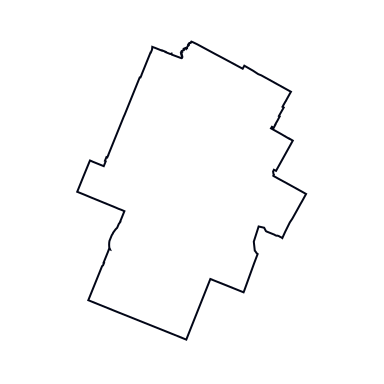 Hindmarsh, Victoria, Australia, rotated 202°
{"feature_id": "25037944B30828491037515", "entity_name": "Hindmarsh", "entity_type": "district", "adm_level": 2, "iso_a3": "AUS", "parent_name": "Australia", "parent_adm1": "Victoria", "projection": "orthographic", "projection_center": [141.947, -36.033], "detail": "fine", "context": "isolated", "style": "outline", "palette": "ink", "viewbox_px": 384, "rotation_deg": 202, "n_neighbors": 0, "source": "geoboundaries", "source_scale": "gbopen_adm2", "svg_char_len": 4244}
<svg xmlns="http://www.w3.org/2000/svg" viewBox="0 0 384 384"><g transform="rotate(202 192 192)"><path d="M106.6,118.3L106.6,120.0L107.7,149.3L107.9,159.1L109.0,159.4L111.4,161.0L111.8,161.1L116.1,169.1L117.3,185.0L111.7,185.9L108.9,183.5L108.2,183.3L99.5,183.3L98.6,183.1L97.4,183.1L96.2,183.6L94.5,183.6L93.5,183.4L92.2,183.4L91.0,183.1L90.7,190.0L89.9,200.5L89.0,204.8L87.8,214.3L86.9,221.8L86.5,224.5L85.5,232.9L91.7,233.7L91.8,233.7L103.2,235.1L115.2,236.5L117.8,236.8L119.9,237.1L121.8,237.3L122.7,237.5L122.6,238.8L123.2,239.2L124.5,241.4L124.4,243.3L122.0,243.1L121.9,244.0L118.3,273.1L117.8,277.4L121.9,278.0L121.9,277.8L123.3,278.0L131.5,279.2L142.6,280.6L142.3,282.4L140.3,282.1L139.9,285.6L140.1,285.6L139.8,288.4L139.7,288.6L139.4,291.1L139.0,294.9L139.9,295.0L139.4,298.7L139.0,301.7L138.9,302.4L138.6,304.7L140.0,304.9L139.9,305.6L139.8,306.3L139.8,306.8L139.4,309.6L139.3,310.6L139.1,311.3L139.1,311.6L139.0,312.1L139.0,312.4L139.0,312.6L138.1,319.9L137.8,322.0L153.5,323.9L171.4,326.1L174.7,326.1L174.8,326.1L180.7,327.3L190.8,328.7L191.2,325.3L196.8,325.9L214.0,327.8L221.9,328.6L242.5,330.9L247.1,331.2L248.8,331.2L248.8,330.9L249.0,330.8L249.1,330.7L249.2,330.4L249.1,330.2L249.0,329.9L249.1,329.7L249.3,329.6L249.5,329.6L249.8,329.4L250.0,329.3L250.2,329.2L250.3,329.0L250.3,328.9L250.2,328.8L250.1,328.7L250.3,328.4L250.5,328.3L250.5,328.2L250.4,328.1L250.2,328.1L250.2,327.9L250.2,327.7L250.1,327.4L250.0,327.2L250.3,327.0L250.5,327.0L250.8,327.0L250.8,326.9L250.5,326.7L250.3,326.5L250.2,326.4L250.2,326.2L250.4,325.9L250.6,325.6L250.6,325.2L250.7,324.9L250.8,324.6L250.8,324.4L250.8,324.2L250.7,323.9L250.6,323.7L250.8,323.7L250.9,323.8L251.0,323.7L251.3,323.4L251.2,323.2L251.1,322.9L251.1,322.7L251.3,322.8L251.5,322.8L251.8,323.0L252.0,323.1L252.2,322.9L252.1,322.7L252.1,322.4L252.3,322.3L252.7,322.1L253.0,322.0L253.2,321.9L253.3,321.8L253.2,321.7L252.9,321.6L252.8,321.4L252.6,321.3L252.5,321.1L252.6,320.9L252.7,320.7L252.8,320.5L252.8,320.4L253.0,320.3L253.2,320.2L253.4,320.1L253.4,319.9L253.5,319.7L253.8,319.4L254.0,319.2L253.9,319.1L253.8,318.9L253.9,318.7L254.0,318.6L254.0,318.4L254.3,318.2L254.2,318.1L254.2,317.9L254.3,317.8L254.3,317.7L254.2,317.4L253.8,317.1L253.7,317.1L253.8,316.9L254.0,316.9L254.3,316.7L254.1,316.4L253.9,316.3L253.8,316.2L253.7,316.0L253.7,315.9L253.3,315.9L253.2,315.9L253.0,315.7L252.8,315.5L252.6,315.3L252.5,315.1L252.6,314.9L252.7,314.7L252.1,314.3L251.9,314.2L251.9,313.8L252.0,313.6L252.1,313.2L251.9,312.8L251.8,312.7L251.5,312.8L251.5,312.5L251.7,312.2L252.1,312.1L262.1,311.8L262.8,312.7L263.6,311.9L263.8,311.8L266.4,311.8L268.9,311.8L268.9,312.1L269.0,312.1L272.7,312.1L272.8,312.1L272.8,311.8L280.4,311.8L282.0,311.7L283.2,311.7L282.8,310.4L282.4,309.0L282.4,305.8L282.7,305.7L282.7,301.2L282.7,296.1L282.7,290.9L282.7,290.7L282.7,285.1L282.7,283.8L282.7,281.7L282.6,281.3L282.7,278.9L283.0,278.8L283.3,278.8L283.4,278.7L283.4,271.9L283.4,266.9L283.4,266.2L283.4,265.6L283.4,265.4L283.4,264.1L283.4,262.3L283.4,261.6L283.4,261.2L283.4,260.5L283.4,259.9L283.4,258.6L283.4,258.4L283.4,255.0L283.4,248.0L283.4,247.8L283.4,246.3L283.4,244.4L283.4,240.2L283.4,239.7L283.4,238.5L283.5,236.3L283.5,232.1L283.5,225.4L283.5,224.7L283.5,221.1L283.5,219.1L283.5,214.1L283.5,213.6L283.5,211.4L283.5,206.6L283.5,206.1L283.5,204.9L283.5,201.3L283.5,199.4L283.5,196.5L283.5,194.5L283.5,194.4L283.4,194.4L283.4,194.1L283.5,193.9L283.5,193.1L283.5,192.9L283.5,192.3L284.4,192.3L284.4,188.3L284.1,188.3L283.7,188.3L283.5,188.2L283.5,183.1L283.5,182.9L285.3,182.9L285.9,182.9L286.3,182.9L287.8,182.9L290.8,182.9L291.4,182.9L292.1,182.9L293.8,182.9L294.6,182.9L295.3,182.9L295.9,182.9L296.5,183.0L298.4,183.0L298.4,182.9L298.5,166.0L298.5,149.2L290.9,149.2L283.4,149.1L257.1,149.0L253.9,148.9L250.7,149.0L247.5,148.9L247.5,148.1L247.5,145.4L247.5,137.8L247.3,137.8L247.2,137.7L247.5,136.4L247.9,135.2L248.0,130.8L248.0,130.7L248.3,130.1L248.9,128.6L249.9,124.6L249.8,124.0L250.2,121.9L250.2,119.7L250.2,115.7L249.8,114.1L249.1,112.1L247.9,109.5L246.5,108.1L247.6,108.1L247.5,104.9L247.5,101.6L247.5,93.3L247.0,93.3L247.0,90.7L247.6,89.6L247.6,82.8L247.6,52.8L215.1,52.8L158.9,53.0L142.0,53.0L142.4,118.2L116.3,118.3L106.6,118.3Z" fill="none" stroke="#020617" stroke-width="2"/></g></svg>